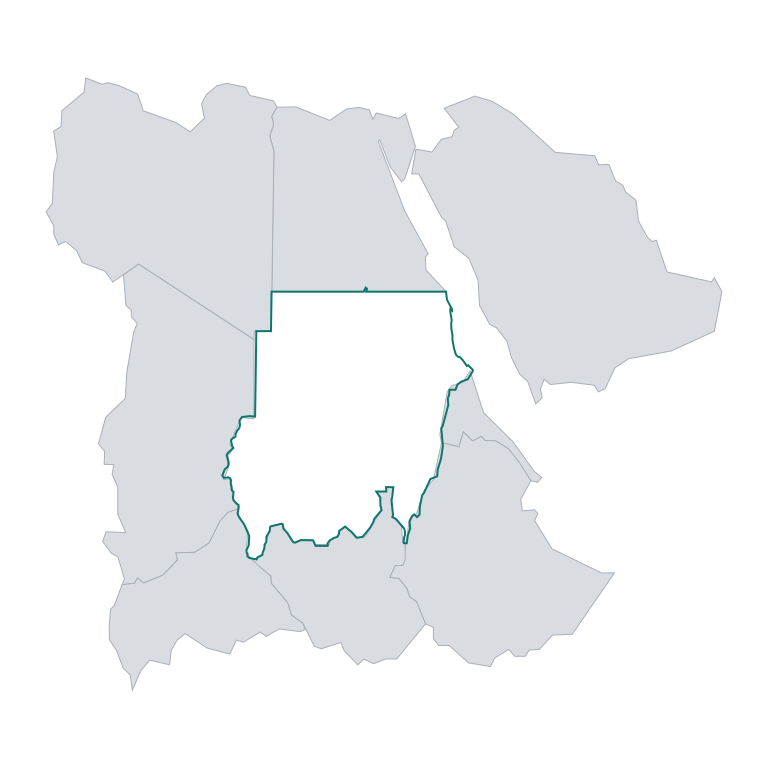 map of Sudan with Chad, Central African Republic, Eritrea and 5 others greyed out
{"feature_id": "SDN", "entity_name": "Sudan", "entity_type": "country or territory", "adm_level": 0, "iso_a3": "SDN", "parent_name": "Africa", "parent_adm1": "", "projection": "equal_earth", "projection_center": [30.131, 15.434], "detail": "medium", "context": "with_neighbors", "style": "outline", "palette": "teal", "viewbox_px": 768, "rotation_deg": 0, "n_neighbors": 8, "source": "natural_earth", "source_scale": "50m", "svg_char_len": 6367}
<svg xmlns="http://www.w3.org/2000/svg" viewBox="0 0 768 768"><path d="M254.0,339.5L253.8,418.8L240.9,417.4L229.8,444.6L232.9,449.3L227.9,455.5L229.5,463.9L223.9,479.7L229.2,478.6L232.3,486.4L232.3,498.1L237.8,504.1L237.6,509.0L228.0,512.5L220.3,520.7L209.1,542.9L194.8,552.3L175.9,552.9L177.4,560.1L162.9,575.2L143.7,583.0L137.5,578.0L134.7,583.2L122.1,584.7L124.5,579.2L117.9,556.7L111.4,553.3L102.7,541.4L106.1,531.8L125.7,532.6L117.8,514.1L117.8,487.2L112.1,474.3L113.9,464.7L104.2,464.3L104.6,451.3L98.5,443.8L105.7,417.3L125.3,398.4L126.8,372.4L133.7,332.0L137.2,323.5L131.3,316.7L131.3,310.4L125.9,305.3L123.5,274.7L138.6,264.0L254.0,339.5Z" fill="#d9dde1" stroke="#a8b0b8" stroke-width="1"/><path d="M305.3,629.4L300.2,631.6L279.1,629.0L266.2,636.3L260.3,632.0L243.3,642.2L236.4,640.1L229.7,654.1L207.3,648.1L185.2,633.6L177.0,640.2L171.1,650.5L169.6,664.8L149.6,660.2L140.5,671.1L132.4,690.1L130.2,674.9L123.3,668.3L116.5,650.4L109.4,639.7L109.2,625.0L110.6,609.1L114.3,605.4L122.1,584.7L134.7,583.2L137.5,578.0L143.7,583.0L162.9,575.2L177.4,560.1L175.9,552.9L194.8,552.3L209.1,542.9L220.3,520.7L228.0,512.5L237.6,509.0L239.2,517.7L247.8,530.4L246.2,553.5L271.1,576.5L271.3,583.1L287.7,602.6L291.5,614.9L302.8,623.0L305.3,629.4Z" fill="#d9dde1" stroke="#a8b0b8" stroke-width="1"/><path d="M441.5,442.7L439.8,434.6L447.2,391.8L451.8,385.7L462.7,382.4L470.1,371.0L483.5,412.5L512.6,441.3L534.3,471.4L541.8,477.5L537.3,482.4L530.9,480.7L508.5,448.8L495.3,440.7L485.0,440.5L481.4,436.3L472.6,441.0L463.4,431.9L458.9,446.9L441.5,442.7Z" fill="#d9dde1" stroke="#a8b0b8" stroke-width="1"/><path d="M415.9,149.1L431.9,152.1L441.2,139.4L452.0,136.8L454.2,130.4L458.8,127.2L444.2,108.3L474.8,96.1L491.9,101.2L513.5,114.3L555.3,152.4L594.7,155.8L598.8,164.9L608.9,164.4L615.5,180.9L622.8,185.3L625.7,192.1L636.0,200.2L638.5,221.1L647.7,237.7L652.4,241.6L656.3,240.2L667.0,272.0L711.6,281.9L714.3,277.7L721.9,291.6L714.4,331.2L671.0,351.0L628.6,358.7L615.1,367.6L605.2,388.6L598.3,391.9L594.4,385.3L571.5,382.3L550.4,384.5L544.1,379.3L540.4,389.2L542.2,397.6L535.8,404.0L527.7,381.4L519.8,374.3L511.5,357.6L507.0,341.4L496.4,327.7L489.8,324.4L479.6,305.6L478.0,280.2L469.1,258.5L454.2,246.8L445.7,221.2L441.3,216.9L418.8,173.8L411.7,173.9L415.9,149.1Z" fill="#d9dde1" stroke="#a8b0b8" stroke-width="1"/><path d="M446.0,291.6L271.8,291.6L273.9,151.3L269.8,136.0L273.7,124.3L271.7,116.2L277.0,107.2L295.8,106.9L329.8,120.4L346.6,109.0L359.0,107.4L369.1,109.8L373.0,119.2L376.3,113.0L398.7,118.5L405.6,113.8L415.4,146.3L404.9,178.4L401.6,181.7L390.2,167.0L379.7,139.7L378.3,141.4L404.6,210.8L428.2,253.8L425.3,257.3L426.0,270.0L446.0,291.6Z" fill="#d9dde1" stroke="#a8b0b8" stroke-width="1"/><path d="M273.9,151.3L271.3,331.1L254.3,331.2L254.0,339.5L138.6,264.0L112.8,282.0L105.0,271.2L82.3,262.7L76.5,250.5L65.4,241.4L58.5,245.0L53.9,234.2L53.8,225.8L46.1,211.7L52.3,203.6L53.8,172.2L57.4,156.6L53.7,131.0L61.0,126.6L61.8,110.8L84.0,92.2L85.8,77.9L101.9,84.3L107.9,82.7L119.4,85.8L137.6,94.1L143.3,110.8L175.4,122.4L190.2,131.8L204.4,118.2L201.6,103.8L206.4,94.6L216.8,85.9L226.6,83.3L245.4,87.2L250.0,95.5L273.6,101.0L277.0,107.2L271.7,116.2L273.7,124.3L269.8,136.0L273.9,151.3Z" fill="#d9dde1" stroke="#a8b0b8" stroke-width="1"/><path d="M614.4,572.9L572.3,634.2L552.5,635.1L539.1,649.5L529.3,649.9L525.2,656.3L514.8,656.3L508.7,649.4L494.8,658.0L490.4,666.5L468.5,662.9L449.2,645.5L438.7,645.5L433.4,638.8L433.4,627.3L425.5,623.9L416.5,601.6L409.5,596.9L406.9,588.7L399.2,578.8L389.9,577.3L395.0,565.7L403.0,565.2L409.3,519.4L416.5,513.7L424.3,490.0L433.3,479.9L441.5,442.7L458.9,446.9L463.4,431.9L472.6,441.0L481.4,436.3L485.0,440.5L495.3,440.7L508.5,448.8L519.2,462.3L530.9,480.7L520.8,499.1L522.3,510.9L534.4,509.8L537.8,513.4L534.6,520.6L551.9,548.8L601.7,573.0L614.4,572.9Z" fill="#d9dde1" stroke="#a8b0b8" stroke-width="1"/><path d="M357.8,664.7L344.4,651.1L340.8,642.4L321.2,648.8L314.4,646.3L302.8,623.0L291.5,614.9L287.7,602.6L271.3,583.1L271.1,576.5L252.6,560.3L262.5,554.3L270.7,526.7L281.6,523.9L291.9,541.3L296.0,543.1L301.5,539.6L312.4,540.3L314.5,544.5L329.5,544.5L330.0,540.3L337.8,536.4L339.4,530.5L345.1,526.3L357.8,538.2L365.6,536.1L381.3,510.3L380.0,498.1L376.3,492.2L385.4,491.1L386.4,486.6L393.4,488.0L391.6,503.0L393.5,517.6L401.3,525.6L402.9,542.7L405.0,543.1L405.2,559.0L403.0,565.2L395.0,565.7L389.9,577.3L399.2,578.8L406.9,588.7L409.5,596.9L416.5,601.6L425.5,623.9L396.6,659.0L385.9,658.9L373.7,663.7L364.0,659.1L357.8,664.7Z" fill="#d9dde1" stroke="#a8b0b8" stroke-width="1"/><path d="M406.7,543.2L403.9,543.2L403.6,542.3L404.0,538.0L405.0,535.0L404.9,531.1L404.1,528.5L396.0,519.0L392.3,517.1L393.0,515.0L391.4,499.6L392.1,497.9L393.3,487.2L386.1,487.1L386.3,491.5L376.3,491.5L380.3,497.5L380.4,505.5L381.6,510.1L374.3,518.8L373.1,522.5L370.1,527.7L362.6,536.9L356.5,537.7L352.3,532.7L345.2,526.6L339.2,530.9L339.1,533.8L337.2,536.9L333.7,538.0L329.7,540.5L327.6,543.2L327.7,545.9L315.6,545.9L313.1,540.3L300.9,540.1L294.6,542.7L293.0,541.9L287.3,532.9L283.5,528.8L282.6,524.0L281.7,523.7L270.7,526.3L270.0,527.4L269.7,531.1L266.4,536.8L266.3,541.8L264.6,544.7L264.2,548.9L262.7,552.4L262.4,554.9L257.6,557.3L256.6,559.4L249.5,558.0L247.4,556.3L247.6,553.7L246.7,552.7L246.4,550.2L248.7,545.6L249.2,535.8L244.2,524.4L239.0,517.0L237.5,513.6L238.7,508.0L238.5,504.9L236.4,503.6L233.5,500.2L233.0,498.3L233.5,491.8L231.8,490.3L230.7,482.3L231.1,480.6L230.2,478.3L228.4,477.3L223.8,477.9L222.3,475.6L224.8,469.1L227.4,467.1L228.4,464.8L228.4,461.9L226.7,455.3L227.8,453.0L233.3,448.0L232.0,445.5L231.0,440.1L232.4,438.5L235.4,436.7L235.6,434.1L236.9,431.1L239.4,427.8L240.0,424.8L239.5,420.4L242.1,417.0L249.6,416.1L255.1,416.6L256.3,331.2L271.0,331.1L271.5,291.7L362.9,291.7L363.7,291.6L365.7,287.7L367.0,288.7L366.2,291.7L446.0,291.7L447.0,299.8L452.0,309.2L452.0,310.6L450.4,309.3L450.3,311.7L451.7,320.1L451.2,323.3L451.4,328.8L452.5,335.3L452.4,339.5L454.2,349.2L455.9,354.6L457.8,356.6L459.8,357.1L462.6,359.9L466.9,366.0L468.1,365.2L472.5,369.5L473.0,370.8L467.9,379.2L460.9,381.8L457.5,384.5L455.5,389.7L449.5,389.8L449.1,394.9L447.8,398.5L448.3,405.0L442.7,426.0L441.3,428.4L442.9,446.0L441.0,458.8L437.7,469.5L437.2,476.3L430.4,479.0L424.2,492.5L422.1,495.4L419.9,506.3L419.5,514.7L417.1,517.1L414.1,514.4L412.0,516.2L410.7,518.9L409.6,521.5L410.2,528.4L407.9,535.2L406.7,543.2Z" fill="none" stroke="#0f766e" stroke-width="2"/></svg>